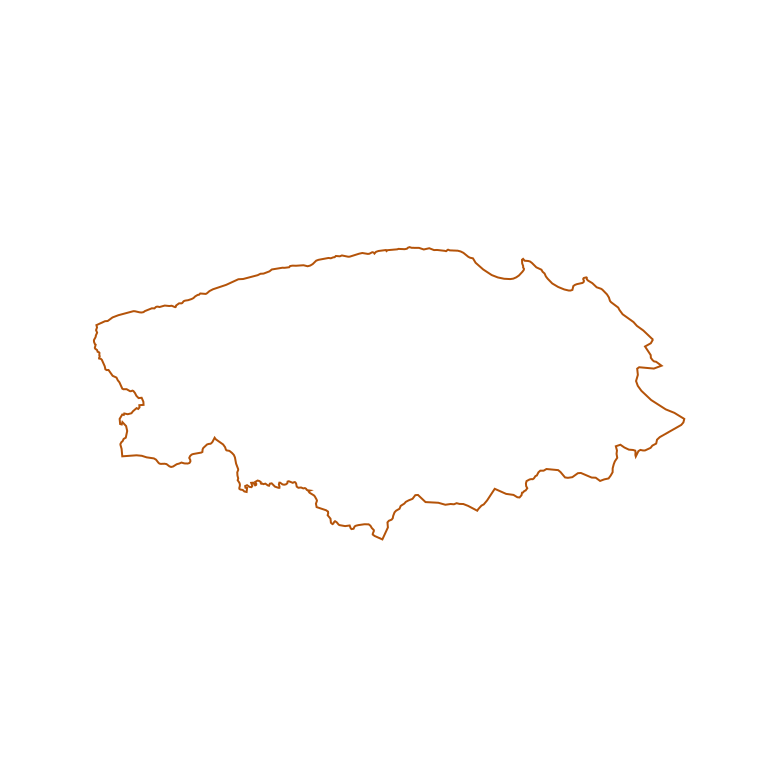 the Province of Eastern Cape, rotated 210°
{"feature_id": "ZAF-1926", "entity_name": "Eastern Cape", "entity_type": "Province", "adm_level": 1, "iso_a3": "ZAF", "parent_name": "South Africa", "parent_adm1": "", "projection": "natural_earth1", "projection_center": [27.087, -32.092], "detail": "fine", "context": "isolated", "style": "outline", "palette": "amber", "viewbox_px": 768, "rotation_deg": 210, "n_neighbors": 0, "source": "natural_earth", "source_scale": "10m", "svg_char_len": 6166}
<svg xmlns="http://www.w3.org/2000/svg" viewBox="0 0 768 768"><g transform="rotate(210 384 384)"><path d="M546.1,204.5L552.9,201.8L557.9,200.7L562.7,198.5L574.5,190.5L578.8,196.6L581.9,199.6L582.3,200.4L582.3,202.6L581.8,203.6L582.0,206.3L580.8,208.4L582.9,214.9L586.3,218.6L591.5,220.2L590.9,217.8L592.5,217.4L595.5,221.6L595.4,226.7L593.9,227.1L594.2,228.6L590.8,229.7L588.1,232.4L587.8,234.8L586.2,239.4L584.4,239.5L584.0,241.4L585.3,243.3L581.8,245.7L583.5,248.3L587.0,250.9L589.5,249.1L592.6,250.0L595.2,251.7L597.5,252.6L598.5,252.5L599.6,251.2L600.4,250.8L604.3,250.8L607.0,249.2L608.3,249.1L614.0,253.2L616.4,254.1L618.9,255.8L623.1,255.4L629.6,258.4L631.1,257.4L632.6,257.4L634.7,259.7L640.5,263.9L641.9,264.2L643.4,263.6L643.7,263.9L644.1,266.0L644.9,266.5L646.0,268.7L646.9,269.0L648.1,268.7L649.4,269.9L651.8,270.2L652.5,270.7L653.4,273.9L654.3,274.0L656.1,275.4L656.9,276.5L657.2,277.4L657.2,280.0L657.4,281.1L657.8,281.9L658.1,285.0L660.3,286.7L660.8,289.5L662.5,291.2L657.0,298.9L654.8,300.4L652.4,305.9L648.4,310.8L637.4,321.8L636.0,322.5L631.4,323.9L629.7,324.7L628.2,326.0L627.6,327.5L622.9,333.5L620.6,334.7L620.1,336.5L619.6,337.2L618.6,337.9L616.9,338.4L613.1,342.3L608.9,344.2L607.0,345.6L603.3,346.1L602.9,346.7L603.3,348.0L601.8,351.4L599.6,352.7L599.2,353.3L598.9,355.5L598.0,356.7L595.6,358.6L593.1,361.4L592.0,363.1L591.3,365.5L589.9,368.0L588.9,368.7L588.4,370.5L583.4,372.9L582.7,374.0L581.6,377.2L579.5,380.5L570.3,390.9L562.5,401.9L558.5,404.5L547.8,415.1L546.1,417.7L543.5,419.4L539.5,424.3L538.4,427.1L530.1,433.9L528.2,434.9L524.5,437.7L524.3,439.2L522.6,440.6L518.9,442.7L513.1,446.6L509.0,447.8L507.1,449.7L505.7,452.2L504.4,456.9L502.8,458.8L495.1,465.4L492.9,466.3L491.2,468.4L490.2,469.1L489.7,470.8L486.1,472.5L484.7,474.3L478.7,476.3L477.4,477.1L470.7,484.4L468.3,486.6L463.0,488.6L461.8,489.5L460.1,492.2L459.5,492.5L458.3,492.6L457.5,492.2L457.0,494.5L455.2,496.5L449.3,501.0L448.3,500.4L447.8,501.7L439.8,507.3L439.1,508.2L433.5,511.1L431.8,512.6L431.4,514.0L430.3,515.3L428.1,515.8L421.7,519.4L416.8,520.4L412.7,524.2L407.6,525.0L405.1,526.6L398.0,529.7L397.1,529.9L396.5,530.2L396.0,532.0L395.5,532.4L393.9,532.6L386.8,536.3L383.9,537.1L380.8,537.3L374.5,536.3L372.6,536.4L369.8,537.3L365.3,534.8L355.4,532.8L345.2,532.2L338.7,533.2L332.6,535.2L327.1,538.0L324.7,539.9L322.8,542.5L321.4,545.4L320.2,550.6L320.0,552.7L320.3,553.7L321.8,554.5L322.5,555.8L324.6,557.5L326.6,560.6L326.1,561.9L323.8,561.1L320.7,562.6L318.8,563.1L316.4,562.8L310.4,561.2L304.8,561.7L302.8,560.5L300.2,560.0L297.6,558.1L294.9,557.0L288.6,555.2L281.8,555.1L275.2,556.0L270.8,557.3L269.1,558.3L267.9,559.7L269.0,563.5L268.2,565.3L266.9,566.9L262.6,570.8L262.1,572.2L262.4,573.3L263.8,574.3L264.1,575.0L263.9,575.8L262.1,577.5L261.6,577.5L260.7,576.1L259.1,575.6L254.0,575.5L248.2,574.1L243.6,575.0L242.1,574.9L235.7,573.1L232.5,571.4L229.9,569.0L228.4,568.4L219.4,567.3L217.0,565.8L212.2,563.7L198.9,562.4L194.1,560.8L186.2,560.0L173.0,556.8L173.3,556.9L173.3,552.7L176.7,547.0L167.5,542.4L166.0,540.1L163.2,538.9L161.4,538.6L159.5,539.3L152.8,538.6L158.0,532.3L171.4,526.1L172.4,523.9L168.7,518.8L167.2,512.6L163.3,509.3L157.7,506.8L144.6,503.7L127.3,502.9L118.1,504.2L106.5,503.9L105.5,500.4L106.1,497.2L118.6,475.9L119.7,472.3L118.5,468.5L120.8,464.8L121.2,462.0L124.7,457.0L126.3,456.0L129.0,455.1L130.1,453.1L129.7,447.1L130.8,448.2L132.2,450.9L133.1,451.9L135.3,451.4L139.1,449.6L144.1,449.2L148.9,449.6L152.1,446.0L149.0,442.9L147.7,439.8L145.1,436.7L145.4,432.4L144.9,429.3L143.8,425.3L141.9,421.9L141.9,418.0L142.3,414.5L145.6,411.5L148.4,408.1L153.8,408.7L157.4,406.8L169.0,405.4L171.5,403.7L174.3,397.5L177.8,394.7L180.5,393.6L187.1,396.0L190.1,396.5L200.8,391.6L202.4,388.8L205.3,387.1L206.1,384.7L205.9,381.2L206.8,380.0L207.0,377.2L207.6,375.9L209.0,375.2L210.2,374.1L212.0,371.2L211.4,368.9L209.8,366.6L207.8,365.4L208.1,362.6L209.0,361.4L209.4,359.5L210.1,358.9L209.3,356.4L209.9,353.5L211.9,352.6L216.4,352.7L223.3,349.9L235.7,348.6L236.5,334.7L237.4,329.6L238.8,327.4L239.8,322.8L239.9,320.9L250.2,320.5L255.4,319.7L258.6,317.9L261.5,317.1L263.3,314.8L266.3,313.4L270.5,310.1L277.6,308.3L289.0,302.5L299.1,304.9L301.3,303.4L301.9,298.8L304.5,295.5L306.2,292.8L306.6,290.6L308.6,286.8L308.2,283.7L310.2,280.3L310.7,278.1L310.1,274.4L309.3,272.1L309.6,270.3L311.4,268.0L311.8,265.9L308.9,261.7L307.7,248.6L316.1,247.7L318.5,248.0L318.9,248.9L319.3,251.7L319.8,252.4L322.6,253.2L324.9,254.5L327.1,254.8L330.9,252.7L335.6,249.0L337.4,247.3L338.2,246.0L338.0,243.4L339.6,242.1L340.7,242.4L343.0,244.3L346.6,241.5L352.1,239.5L353.1,239.6L355.8,240.6L357.8,240.7L358.2,239.3L358.1,237.7L358.6,236.9L360.6,237.3L363.0,240.6L367.2,242.2L367.7,244.1L368.7,245.5L371.1,245.7L380.8,243.7L383.1,246.3L383.7,249.4L384.6,250.2L387.8,252.1L389.0,252.5L394.1,252.6L395.5,253.2L395.5,253.8L394.8,254.7L397.0,253.8L398.0,253.7L399.0,254.3L400.5,254.3L401.7,253.2L404.1,252.9L406.3,251.3L408.3,251.5L410.4,253.9L411.7,254.5L412.6,254.2L413.6,252.8L417.8,252.2L418.7,251.3L418.1,249.6L418.8,248.0L420.2,246.8L421.7,246.3L424.6,246.6L425.3,246.2L424.8,244.4L423.2,242.9L422.7,241.8L423.6,241.3L427.1,240.6L431.6,241.8L433.0,240.6L432.7,238.4L433.8,238.1L436.9,238.4L438.5,236.9L439.8,236.9L440.4,236.2L441.1,236.5L441.8,237.5L443.6,237.6L445.2,237.2L446.6,234.8L444.6,233.6L444.3,232.7L444.9,231.8L448.0,233.1L449.6,232.0L447.1,229.9L447.2,228.4L448.8,227.7L452.0,227.9L453.2,226.2L452.1,224.9L450.6,225.5L449.0,221.8L451.2,221.1L453.4,221.6L455.6,220.8L456.8,220.9L457.3,221.5L457.9,223.7L458.7,225.1L459.8,226.1L462.6,227.5L463.1,229.4L465.1,231.4L466.9,234.1L467.3,236.6L467.8,237.4L472.3,241.1L476.4,245.9L478.6,247.5L481.2,248.3L484.4,248.8L487.2,247.8L488.1,248.1L490.0,249.8L493.1,251.2L502.0,252.0L503.8,252.8L503.6,248.1L504.0,246.2L504.5,245.4L505.8,244.5L507.0,243.2L508.5,238.3L508.4,236.7L507.3,234.3L507.9,233.3L514.3,227.9L515.3,226.7L515.9,224.7L515.7,222.6L513.7,221.3L512.9,220.0L513.0,218.3L514.2,217.0L517.2,215.4L520.1,214.7L521.6,212.7L523.4,210.9L525.4,207.1L526.9,205.7L528.7,205.4L532.3,205.9L534.2,205.2L537.4,203.2L538.7,202.8L539.9,203.0L543.6,204.5L546.1,204.5Z" fill="none" stroke="#b45309" stroke-width="2"/></g></svg>